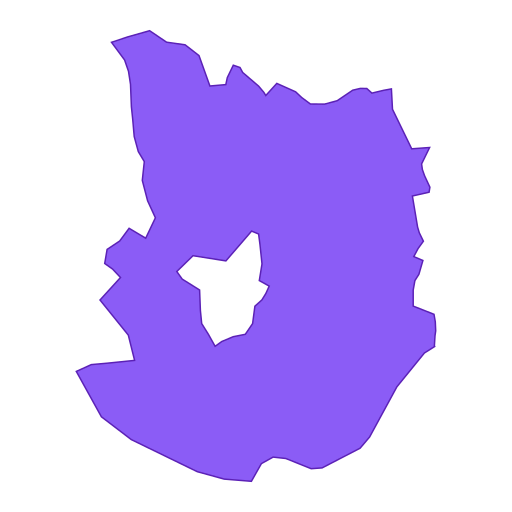 SVG path tracing the border of Daugavpils
{"feature_id": "LVA-1081", "entity_name": "Daugavpils", "entity_type": "Municipality", "adm_level": 1, "iso_a3": "LVA", "parent_name": "Latvia", "parent_adm1": "", "projection": "mercator", "projection_center": [26.626, 55.932], "detail": "fine", "context": "isolated", "style": "filled", "palette": "violet", "viewbox_px": 512, "rotation_deg": 0, "n_neighbors": 0, "source": "natural_earth", "source_scale": "10m", "svg_char_len": 1484}
<svg xmlns="http://www.w3.org/2000/svg" viewBox="0 0 512 512"><path d="M251.4,481.3L224.2,479.1L197.3,471.7L131.3,439.6L101.4,416.8L76.3,371.4L91.3,364.6L107.1,363.2L134.6,360.4L128.3,335.1L100.0,300.0L120.5,277.5L112.6,269.1L104.7,263.5L107.1,249.4L119.7,241.0L129.1,228.3L145.7,238.2L155.4,217.8L147.6,200.8L142.3,180.4L144.3,161.6L138.3,151.6L134.2,136.5L132.7,119.2L131.4,106.8L130.5,84.3L128.5,71.3L124.6,60.0L111.5,42.3L128.0,36.8L149.6,30.7L166.6,42.2L185.1,44.8L199.0,55.6L209.9,86.0L225.8,84.6L227.3,77.6L233.3,65.2L240.0,67.5L242.7,72.5L258.6,86.1L263.8,92.3L265.8,95.5L276.8,83.4L295.6,91.8L301.8,97.6L310.4,104.0L324.6,104.1L337.2,100.7L352.7,90.2L360.3,88.4L366.8,88.5L371.9,93.1L383.7,90.3L391.4,88.9L392.5,109.3L411.7,148.8L429.6,147.5L421.6,163.9L422.4,169.6L424.6,175.8L429.9,187.2L429.1,192.2L412.4,196.0L417.6,227.1L419.3,232.8L423.4,241.2L418.1,248.5L413.8,256.6L422.9,260.5L418.9,274.3L414.9,280.6L413.2,290.1L413.2,306.1L434.0,314.3L435.3,321.8L435.7,330.9L435.0,335.8L434.4,345.8L434.5,346.1L434.7,346.5L424.4,353.0L396.9,386.8L369.6,437.0L360.1,448.2L322.1,467.9L311.2,468.7L285.8,458.5L273.1,457.1L261.4,463.6L251.4,481.3ZM215.1,346.3L221.8,341.5L233.2,336.7L245.3,334.3L252.6,323.6L254.9,306.2L261.9,299.9L265.9,293.4L269.2,286.1L259.3,280.6L262.0,263.9L260.0,244.8L258.6,234.0L251.6,231.1L225.9,260.9L193.0,255.7L176.8,271.5L182.2,279.1L199.6,290.0L200.4,310.5L201.7,323.6L208.4,334.3L215.1,346.3Z" fill="#8b5cf6" stroke="#5b21b6" stroke-width="1.5"/></svg>